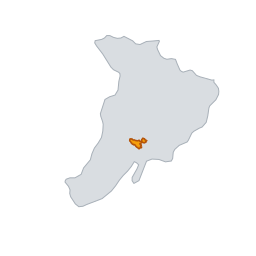 Cevicos, Sánchez Ramírez, Dominican Republic (highlighted), rotated 116°
{"feature_id": "3306468B8786854663218", "entity_name": "Cevicos", "entity_type": "district", "adm_level": 2, "iso_a3": "DOM", "parent_name": "Dominican Republic", "parent_adm1": "Sánchez Ramírez", "projection": "natural_earth1", "projection_center": [-70.001, 19.019], "detail": "fine", "context": "in_parent", "style": "filled", "palette": "amber", "viewbox_px": 256, "rotation_deg": 116, "n_neighbors": 0, "source": "geoboundaries", "source_scale": "gbopen_adm2", "svg_char_len": 4224}
<svg xmlns="http://www.w3.org/2000/svg" viewBox="0 0 256 256"><g transform="rotate(116 128 128)"><path d="M47.4,171.8L47.6,162.0L49.0,158.0L47.7,153.8L42.2,149.4L38.8,143.6L35.7,138.5L36.4,137.8L42.5,137.6L44.6,135.7L48.7,130.5L49.6,126.3L49.2,123.2L46.6,119.4L45.5,115.4L48.8,111.9L53.1,106.8L53.7,104.9L53.6,102.9L48.7,97.6L48.3,95.3L50.7,89.5L50.4,85.6L48.2,73.6L47.1,71.9L49.3,70.8L50.8,67.3L52.7,64.1L55.3,62.4L58.2,61.3L64.1,61.4L72.1,64.2L74.4,64.1L82.2,61.6L88.6,60.2L94.6,61.8L97.1,64.0L102.1,67.4L104.6,68.4L112.5,68.4L114.6,68.7L121.2,74.4L126.8,76.6L130.0,76.7L135.8,74.5L138.7,74.6L142.0,79.5L142.7,86.4L145.4,92.8L149.7,96.8L170.5,95.1L175.2,98.4L173.6,101.2L170.6,102.6L160.7,102.0L156.4,102.3L155.5,105.1L155.5,107.6L161.3,108.2L167.0,109.5L172.8,111.5L178.7,112.9L185.3,113.8L191.9,115.3L202.8,120.3L214.9,131.6L218.1,134.2L220.3,137.7L219.3,142.1L215.0,149.3L212.5,151.6L209.0,153.0L206.5,155.9L204.2,160.9L202.8,161.3L201.1,161.1L198.2,158.3L196.1,153.9L190.2,149.8L183.3,150.4L173.1,147.9L167.0,149.1L160.8,149.4L154.5,148.2L148.1,147.7L141.8,149.3L135.6,151.9L133.4,153.6L129.4,157.6L127.3,159.1L112.4,161.2L108.0,158.2L104.1,154.1L98.3,153.6L90.0,156.7L84.7,157.9L82.6,159.2L82.0,160.8L82.0,166.5L80.8,170.0L72.6,183.1L68.0,192.3L66.1,195.2L63.9,195.8L59.9,190.5L57.4,188.6L54.2,187.6L52.9,184.8L52.9,180.7L52.1,176.9L50.2,173.8L47.4,171.8Z" fill="#d9dde1" stroke="#a8b0b8" stroke-width="1"/><path d="M132.9,106.1L132.8,105.9L132.7,105.7L132.4,105.8L131.9,105.9L131.7,106.0L131.4,105.8L131.4,106.1L131.3,106.3L131.2,106.3L131.0,106.5L131.0,106.9L131.1,107.0L131.1,107.3L131.2,107.6L131.2,107.8L131.1,108.0L130.9,108.1L130.7,108.1L130.5,108.3L130.5,108.5L130.5,108.8L130.6,109.1L130.6,109.5L130.6,109.9L130.6,110.1L130.8,110.3L131.3,110.3L131.5,110.3L131.9,110.4L132.0,110.5L132.3,110.6L132.6,110.5L132.7,110.4L132.9,110.3L133.0,110.2L133.3,110.1L133.5,110.0L133.7,109.9L133.8,109.8L133.9,110.0L134.0,110.1L134.2,110.3L134.3,110.4L134.4,110.5L134.4,110.9L134.4,111.0L134.6,111.2L134.7,111.3L134.8,111.4L134.8,111.5L134.7,111.8L134.7,112.0L134.4,112.2L134.4,112.3L134.2,112.5L134.3,112.6L134.4,112.9L134.4,113.0L134.5,113.1L134.8,113.3L135.4,113.9L135.5,114.0L135.6,114.3L135.6,114.8L135.6,115.0L135.7,115.3L135.8,115.5L136.0,115.8L136.0,116.0L135.9,116.1L135.9,116.3L135.9,116.6L135.9,116.9L135.9,117.0L136.0,117.3L136.2,117.5L136.3,117.6L136.4,118.0L136.5,118.1L136.5,118.4L136.5,118.5L136.4,118.6L136.4,118.9L136.3,119.1L136.2,119.4L136.1,119.5L136.0,119.8L136.3,120.0L136.5,120.1L136.6,120.3L136.6,120.7L136.6,120.8L136.7,121.1L136.8,121.2L136.8,121.3L137.0,121.4L137.3,121.4L137.5,121.4L137.7,121.2L137.8,121.2L138.0,121.1L138.4,121.0L138.5,121.0L138.7,120.9L138.8,120.8L138.9,120.7L139.0,120.5L139.0,120.4L139.0,120.1L139.0,119.9L139.3,119.5L139.4,119.4L139.5,119.2L139.7,118.9L139.8,118.8L139.9,118.7L139.9,118.4L140.0,118.4L140.0,118.2L140.2,117.8L140.3,117.7L140.5,117.4L140.5,117.2L140.5,116.9L140.6,116.7L140.5,116.3L140.4,116.2L140.5,116.1L140.6,115.9L140.7,115.7L140.6,115.4L140.5,115.2L140.3,115.2L140.2,115.1L140.1,114.9L140.2,114.7L140.2,114.4L140.2,114.2L140.3,114.0L140.3,113.9L140.5,113.8L140.5,113.7L140.7,113.4L140.8,113.3L140.9,113.2L141.0,113.0L141.0,112.8L141.0,112.7L141.2,112.4L141.2,112.2L141.3,112.0L141.4,111.8L141.4,111.7L141.4,111.2L141.5,110.9L141.5,110.7L141.4,110.6L141.5,110.4L141.6,110.2L141.7,109.8L141.8,109.7L141.9,109.3L141.9,109.2L141.8,108.9L141.7,108.8L141.4,108.8L141.3,108.7L141.2,108.7L140.8,108.6L140.7,108.6L140.4,108.4L140.2,108.3L140.2,108.2L140.2,107.7L139.9,107.4L139.7,107.3L139.4,107.4L139.3,107.5L139.2,107.5L139.2,107.8L139.3,108.0L139.4,108.4L139.4,108.5L139.2,108.6L138.6,108.6L138.4,108.6L138.1,108.5L137.9,108.4L137.5,108.5L137.4,108.6L137.4,108.8L137.4,109.0L137.4,109.3L137.4,109.5L137.5,109.7L137.5,109.8L137.3,110.1L137.1,110.3L136.9,110.4L136.7,110.3L136.7,110.1L136.4,109.8L136.2,109.8L136.0,109.7L135.9,109.7L135.7,109.6L135.3,109.3L135.1,109.2L134.9,109.0L134.7,108.8L134.6,108.7L134.5,108.4L134.4,108.3L134.4,108.2L134.4,107.8L134.4,107.3L134.4,107.1L134.3,106.9L134.2,106.8L134.1,106.7L133.9,106.5L133.7,106.4L133.5,106.2L133.4,106.2L133.2,106.2L132.9,106.2L132.9,106.1Z" fill="#f59e0b" stroke="#b45309" stroke-width="1.5"/></g></svg>